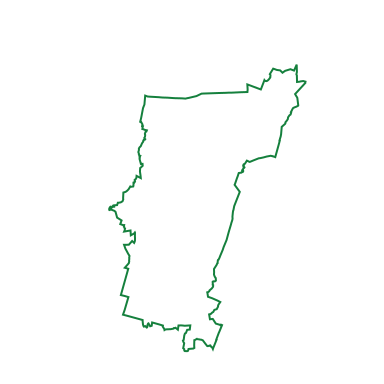 outline of Jaunpils pag., Jaunpils, Latvia, rotated 288°
{"feature_id": "27541924B39343861485038", "entity_name": "Jaunpils pag.", "entity_type": "district", "adm_level": 2, "iso_a3": "LVA", "parent_name": "Latvia", "parent_adm1": "Jaunpils", "projection": "robinson", "projection_center": [22.962, 56.749], "detail": "fine", "context": "isolated", "style": "outline", "palette": "green", "viewbox_px": 384, "rotation_deg": 288, "n_neighbors": 0, "source": "geoboundaries", "source_scale": "gbopen_adm2", "svg_char_len": 5843}
<svg xmlns="http://www.w3.org/2000/svg" viewBox="0 0 384 384"><g transform="rotate(288 192 192)"><path d="M269.2,117.7L260.6,119.7L260.0,119.7L258.6,119.6L256.6,119.5L248.8,120.5L246.2,120.8L242.0,121.1L241.9,121.1L242.7,121.5L243.0,121.9L241.0,124.0L240.5,124.0L240.3,124.2L239.8,124.1L239.2,124.2L239.3,125.0L238.2,125.0L237.9,125.0L237.5,125.3L236.6,125.3L236.6,127.1L236.5,127.8L236.7,130.0L235.4,129.9L235.1,129.4L234.9,129.4L234.6,129.2L232.8,129.2L232.2,129.5L231.9,129.8L231.2,130.0L229.9,130.2L228.6,129.9L228.2,130.4L227.8,131.2L227.2,131.0L226.6,130.0L225.3,130.0L225.3,129.9L224.8,130.0L222.8,129.4L219.7,129.1L218.4,128.4L217.9,128.2L216.6,128.1L215.8,128.5L214.8,128.6L213.5,128.6L213.1,128.8L212.2,129.6L211.6,129.7L210.9,130.5L210.4,130.5L210.0,130.8L210.2,131.6L208.8,131.4L208.3,131.9L207.4,131.8L203.7,134.2L203.5,135.0L202.8,134.8L202.7,134.9L203.4,136.3L201.7,137.0L199.9,136.0L198.8,135.3L195.3,136.2L191.9,137.9L189.4,139.0L190.2,134.3L188.5,134.7L187.2,134.6L186.7,134.3L185.8,133.7L185.5,133.8L185.0,134.2L184.7,134.5L184.0,134.5L183.0,134.2L183.1,133.5L183.0,133.4L180.2,134.3L179.1,134.4L177.7,131.6L177.8,131.5L175.2,130.9L174.3,130.5L173.1,129.9L171.6,128.8L170.3,126.9L164.8,128.4L163.7,128.9L161.7,128.8L160.1,127.4L159.2,125.7L158.9,124.8L156.4,124.8L155.3,122.1L155.2,121.9L154.8,122.1L154.0,122.6L153.8,122.4L153.7,121.9L153.7,121.6L154.0,121.4L154.1,121.1L153.2,121.0L152.5,120.6L152.0,120.3L152.1,120.0L152.8,119.6L153.0,119.3L152.8,119.0L152.5,118.8L150.8,118.4L150.3,118.6L149.6,118.7L149.3,119.0L149.4,119.3L150.3,119.4L150.3,119.7L150.2,120.0L150.3,120.3L150.1,124.0L149.5,125.4L144.5,128.7L143.2,133.8L139.3,133.7L139.2,136.5L139.6,137.7L138.0,137.9L137.9,138.3L137.1,138.7L136.5,139.4L136.5,139.6L134.5,139.8L133.4,139.7L136.4,145.4L131.9,147.2L134.7,149.8L135.9,150.2L135.8,150.3L131.9,151.5L130.7,152.0L128.4,152.7L127.8,152.8L126.5,152.8L125.7,152.7L126.9,150.2L122.3,148.2L120.8,143.7L117.5,146.2L116.4,147.4L113.6,150.3L111.9,152.3L110.0,152.6L109.1,153.0L107.2,153.4L106.4,153.8L105.0,153.8L104.8,153.9L103.3,153.3L99.2,151.5L99.3,155.1L72.0,156.2L72.3,160.1L72.4,164.0L59.0,164.4L54.0,164.3L54.3,169.6L55.0,184.6L53.6,185.1L50.7,186.4L49.5,187.3L49.1,187.9L49.8,188.6L50.0,188.8L49.1,190.9L49.4,191.1L50.3,191.2L51.2,190.8L52.4,190.8L53.3,190.9L53.6,191.2L52.7,192.2L51.4,193.7L52.3,195.0L55.6,194.4L55.9,201.4L56.0,205.6L55.0,205.7L53.1,208.0L52.2,208.5L53.1,209.3L53.4,209.9L55.0,214.2L56.4,216.7L57.1,216.9L57.3,217.8L57.8,218.3L56.7,221.1L60.9,220.4L61.8,223.0L62.2,224.6L62.5,226.3L64.6,231.6L60.5,232.4L59.4,230.0L56.1,229.8L55.2,229.0L53.1,229.0L48.7,229.8L47.9,229.3L46.8,230.1L45.8,231.3L40.7,231.9L40.2,233.1L38.8,233.7L38.5,234.3L39.1,236.5L39.8,237.3L41.6,237.2L42.1,238.2L42.7,239.7L43.5,241.6L44.4,242.4L46.7,241.5L51.8,240.0L52.1,240.5L52.3,240.7L53.7,241.9L53.6,242.0L54.1,244.6L54.1,245.1L54.2,245.5L54.4,246.5L54.3,248.1L51.9,251.5L50.2,254.1L50.3,254.7L50.4,254.9L51.8,256.7L51.7,257.0L51.1,257.0L50.4,259.2L49.1,260.4L51.4,260.4L51.5,260.5L59.1,261.0L59.1,260.7L61.7,260.8L63.9,260.9L66.3,261.0L67.9,261.2L74.7,261.7L74.8,260.7L74.8,260.4L74.6,260.1L74.2,259.9L74.3,259.7L74.2,255.3L77.7,251.0L77.7,250.9L76.5,248.4L80.9,246.1L81.4,246.9L81.5,247.0L81.4,247.1L82.3,247.9L83.5,248.4L84.5,249.3L86.8,249.7L88.2,251.7L88.3,251.7L91.0,252.2L92.1,251.9L93.1,252.0L96.1,252.9L96.6,249.9L97.2,243.9L97.3,239.6L100.7,237.9L101.3,237.5L101.9,238.4L103.0,239.1L103.9,239.1L106.3,240.6L108.4,241.3L110.0,240.9L110.2,240.3L111.0,240.2L112.9,239.4L113.6,239.8L113.8,240.4L114.0,241.3L115.1,242.1L117.2,241.3L117.2,241.2L117.7,240.9L118.4,239.9L119.5,239.0L120.3,238.4L122.3,237.9L125.6,236.7L130.1,237.9L132.2,238.1L132.3,238.3L134.9,237.7L135.3,237.7L135.6,237.8L135.9,238.2L136.1,238.2L138.3,238.5L139.2,238.5L146.5,239.1L149.3,239.1L157.0,239.7L165.3,239.3L173.3,239.1L174.5,239.0L177.7,239.0L179.2,238.8L181.0,238.1L183.3,237.6L185.6,237.1L187.1,236.9L187.6,237.0L191.6,236.5L196.9,236.8L206.9,237.4L212.0,230.3L212.8,230.4L219.1,230.5L221.2,230.6L224.5,230.6L225.7,233.0L226.2,233.2L226.4,233.5L226.6,234.0L227.0,234.2L227.5,234.3L227.8,234.2L228.1,233.7L228.5,233.8L228.7,233.6L228.8,233.4L228.6,233.1L228.8,233.1L229.4,233.4L229.6,233.5L230.7,233.6L230.9,234.0L231.2,234.2L231.6,234.3L231.8,234.1L231.8,233.9L231.8,233.7L231.5,233.5L232.1,233.0L232.3,232.9L232.9,233.1L233.0,233.0L233.2,232.5L233.5,232.5L234.1,232.6L234.1,233.0L234.3,233.1L234.6,233.0L235.3,233.6L235.6,233.7L238.8,234.5L238.6,236.1L238.4,237.3L238.5,237.7L240.9,240.5L244.7,245.1L245.1,246.0L245.5,246.8L247.1,249.5L248.9,252.2L249.1,252.6L250.8,255.7L250.9,258.1L251.0,258.1L250.9,260.4L262.3,259.9L264.7,259.8L268.0,259.6L268.0,259.3L270.6,259.2L272.0,259.2L274.4,258.9L276.1,258.5L281.7,257.2L285.6,259.5L286.2,259.6L287.1,259.3L289.4,260.2L290.9,260.6L292.7,260.3L295.1,261.0L296.1,261.8L297.9,261.8L298.7,261.7L298.7,261.4L301.0,261.8L302.8,262.1L303.4,262.5L303.8,263.0L304.0,263.1L305.5,265.0L306.9,266.3L307.2,266.3L313.8,263.2L314.3,262.9L315.8,261.1L317.0,259.8L330.8,266.1L331.3,265.8L332.0,265.8L331.9,263.5L330.7,261.0L330.3,260.5L329.1,257.9L335.3,255.7L336.2,254.9L338.5,254.7L345.5,252.2L339.0,251.5L339.2,247.7L336.0,243.1L333.4,241.2L334.9,238.3L334.3,235.0L334.4,232.3L334.4,231.1L328.1,229.6L327.7,230.3L327.2,230.6L325.8,230.8L325.6,231.0L324.9,231.0L324.5,230.8L323.7,230.6L322.7,230.2L321.7,229.7L320.9,229.1L320.5,228.6L320.3,227.7L320.4,226.9L320.8,226.3L320.7,226.3L318.3,226.2L310.8,225.8L310.8,225.6L311.4,211.8L311.4,211.6L311.4,211.4L308.6,212.5L306.5,213.3L304.2,213.8L301.9,207.4L298.5,198.4L297.8,196.2L296.4,192.5L295.6,190.2L294.1,186.0L289.3,172.8L288.5,170.7L284.6,166.6L280.4,159.7L280.0,158.9L278.8,156.9L278.0,153.6L275.8,146.2L274.1,139.4L272.8,135.0L272.3,132.9L271.9,131.1L269.5,122.0L269.1,120.3L269.2,117.7Z" fill="none" stroke="#15803d" stroke-width="2"/></g></svg>